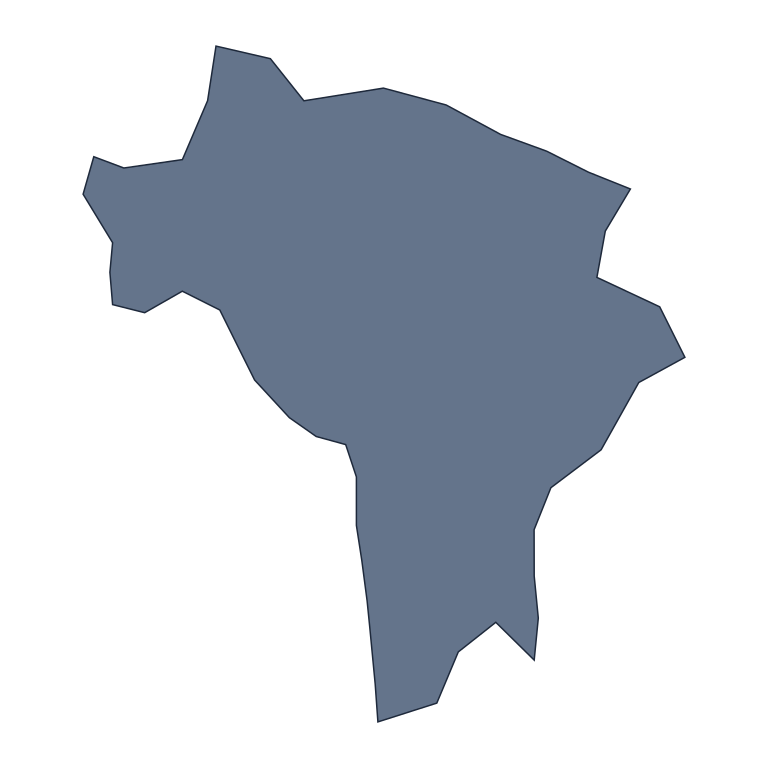 Potami, Nicosia, Cyprus (orthographic projection)
{"feature_id": "46923920B72029676304509", "entity_name": "Potami", "entity_type": "district", "adm_level": 2, "iso_a3": "CYP", "parent_name": "Cyprus", "parent_adm1": "Nicosia", "projection": "orthographic", "projection_center": [33.032, 35.095], "detail": "fine", "context": "isolated", "style": "filled", "palette": "slate", "viewbox_px": 768, "rotation_deg": 0, "n_neighbors": 0, "source": "geoboundaries", "source_scale": "gbopen_adm2", "svg_char_len": 703}
<svg xmlns="http://www.w3.org/2000/svg" viewBox="0 0 768 768"><path d="M684.9,357.3L659.7,306.8L596.9,277.4L605.3,231.1L630.4,189.0L588.5,172.2L546.7,151.2L500.6,134.4L446.2,105.0L383.4,88.1L303.9,100.8L270.4,58.7L216.0,46.1L207.6,100.7L182.4,159.6L123.8,168.0L93.8,156.7L83.1,194.2L112.6,242.7L109.9,272.3L112.6,304.6L144.7,312.7L182.3,291.2L219.8,310.0L238.5,347.7L254.6,380.0L289.4,417.7L316.2,436.5L345.7,444.6L356.4,476.9L356.4,525.4L361.8,560.4L367.1,600.8L369.8,627.7L375.2,684.2L377.9,721.9L413.6,710.5L436.8,703.1L458.3,651.9L495.8,622.3L534.2,660.1L538.3,618.1L534.2,576.0L534.1,529.7L550.9,487.7L601.1,449.8L638.8,382.5L684.9,357.3Z" fill="#64748b" stroke="#1e293b" stroke-width="1.5"/></svg>